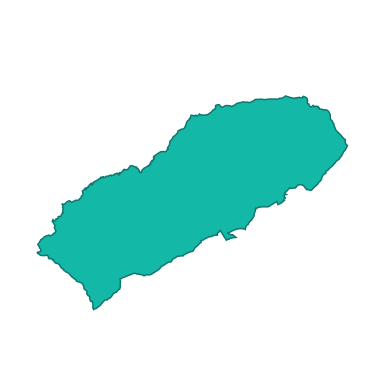 Vizantea-Livezi, Vrancea, Romania (Robinson projection), rotated 134°
{"feature_id": "2599482B64816881324136", "entity_name": "Vizantea-Livezi", "entity_type": "district", "adm_level": 2, "iso_a3": "ROU", "parent_name": "Romania", "parent_adm1": "Vrancea", "projection": "robinson", "projection_center": [26.804, 45.968], "detail": "fine", "context": "isolated", "style": "filled", "palette": "teal", "viewbox_px": 384, "rotation_deg": 134, "n_neighbors": 0, "source": "geoboundaries", "source_scale": "gbopen_adm2", "svg_char_len": 6075}
<svg xmlns="http://www.w3.org/2000/svg" viewBox="0 0 384 384"><g transform="rotate(134 192 192)"><path d="M157.6,244.5L159.9,243.4L163.1,243.4L165.2,243.9L168.0,243.1L170.8,243.1L173.8,240.9L177.2,240.3L178.1,239.5L177.6,239.4L177.8,238.8L179.2,239.1L180.3,238.8L182.0,239.5L183.0,241.0L185.1,242.6L192.3,244.2L193.8,243.9L194.1,243.4L193.6,243.0L194.5,242.3L196.2,242.3L197.4,241.8L197.7,241.9L197.5,242.6L198.6,242.6L199.1,242.2L201.2,241.7L200.9,241.1L201.1,241.0L202.0,241.0L202.6,241.5L204.1,241.5L204.3,241.6L204.2,242.0L206.2,242.2L208.0,243.0L211.0,243.1L213.1,242.0L213.4,242.6L214.2,243.0L213.8,243.6L214.0,244.0L213.1,245.1L213.0,246.3L212.6,247.5L213.3,248.1L213.3,248.8L212.7,249.3L213.6,250.7L214.6,253.2L216.0,254.5L220.8,253.9L222.4,255.6L222.7,256.5L223.2,256.6L223.4,256.1L224.4,256.5L226.1,256.3L227.8,256.7L228.3,257.4L229.6,256.2L230.5,256.6L230.7,256.9L229.9,258.0L230.3,258.8L233.0,260.2L233.7,259.9L234.8,260.6L235.8,260.8L236.2,261.1L236.1,262.2L238.2,263.0L241.0,265.0L242.2,264.9L242.8,265.3L243.3,265.8L242.7,266.4L243.7,267.0L244.7,266.9L244.9,267.1L244.6,267.7L244.8,267.9L245.8,267.5L247.3,268.1L247.8,267.8L252.7,269.5L253.0,269.1L253.5,269.5L254.5,269.4L254.8,269.0L255.0,269.3L254.7,269.7L255.2,270.0L255.4,269.2L255.7,269.0L255.6,270.4L256.4,270.7L256.8,270.6L257.0,270.1L257.2,270.5L258.5,270.7L260.1,270.0L260.3,270.4L261.0,270.0L261.4,270.4L263.0,271.2L262.7,270.7L263.3,270.1L263.9,270.7L267.2,271.6L267.6,271.4L268.7,269.6L270.1,268.4L272.0,268.7L273.5,267.6L275.0,268.2L276.7,268.0L278.2,269.0L278.4,269.8L283.3,271.5L283.2,273.4L283.6,274.2L284.0,274.5L285.4,275.0L289.8,275.4L290.6,277.0L291.2,276.9L291.3,276.3L291.1,275.6L292.0,274.9L292.7,274.8L293.6,273.2L294.6,272.6L294.8,272.1L296.4,271.3L296.3,270.3L296.5,270.2L298.4,270.4L301.0,269.4L301.8,270.6L302.7,271.0L303.0,271.0L303.7,270.3L305.0,270.3L305.7,271.1L306.2,271.0L306.7,270.5L307.9,270.5L308.7,271.3L308.4,272.1L308.4,272.8L310.2,272.1L310.4,270.9L311.3,267.5L312.0,266.7L313.2,266.5L314.7,262.7L315.6,262.4L316.8,262.3L317.9,262.8L320.7,262.7L322.0,263.7L322.3,264.9L325.2,266.5L327.0,267.2L329.1,267.0L331.3,267.6L334.9,266.6L336.4,266.6L336.8,266.5L337.5,263.9L338.1,262.8L338.2,261.1L338.9,260.2L339.7,260.1L340.0,259.6L342.8,261.3L343.4,260.6L343.0,259.4L342.9,257.3L342.4,256.4L340.0,253.6L338.2,252.8L338.1,250.8L338.4,250.2L339.3,249.3L339.3,248.5L338.3,248.1L338.5,247.6L337.9,246.9L337.6,245.8L336.9,245.2L337.8,244.5L337.4,243.4L337.9,242.4L337.7,241.7L338.0,241.3L337.6,239.9L336.8,239.4L336.4,236.3L337.0,235.3L337.4,233.1L337.0,231.0L337.4,229.6L337.1,228.6L337.1,227.1L336.8,226.7L336.2,224.7L336.2,221.9L336.5,221.2L336.4,220.2L336.5,219.2L335.9,215.0L336.3,212.8L334.1,208.5L334.6,205.5L335.1,204.3L336.7,202.4L336.3,199.2L337.0,197.8L338.1,197.2L338.5,196.3L338.8,194.6L338.2,193.5L338.2,192.9L339.8,191.7L340.4,190.6L340.4,190.0L341.1,189.1L340.1,187.4L342.3,184.4L343.4,183.7L343.7,183.2L344.5,182.4L344.8,181.1L344.1,181.3L343.7,180.7L342.2,180.0L337.5,179.3L330.6,179.7L329.1,178.8L328.5,178.0L327.3,178.1L325.0,177.3L322.6,177.4L319.9,178.0L317.9,177.5L316.6,176.7L313.8,177.1L312.3,176.5L309.9,177.6L309.9,178.1L308.7,178.8L307.7,180.0L306.8,180.5L306.4,181.2L305.6,181.6L305.0,183.2L302.0,182.4L290.7,177.2L289.9,176.3L289.5,175.0L288.0,173.3L288.0,172.8L287.0,171.6L286.0,169.7L285.8,168.6L284.8,167.8L282.9,167.3L282.5,166.8L282.1,165.8L279.9,164.2L271.7,162.2L268.7,161.9L266.9,162.4L265.4,161.7L259.0,160.3L256.8,158.5L253.6,159.2L250.1,158.1L248.9,158.1L244.5,154.6L244.3,154.1L242.6,154.1L239.3,153.0L237.2,152.2L233.8,150.2L231.3,150.9L229.3,151.1L226.6,150.7L223.8,150.9L221.9,150.4L221.0,151.7L218.2,150.4L217.0,150.3L212.8,148.8L210.2,147.0L207.1,145.7L205.5,143.8L205.1,143.9L204.8,144.6L203.3,145.1L202.1,144.8L200.0,145.0L202.8,133.8L200.7,133.2L200.3,132.9L200.3,132.6L199.1,132.5L195.7,130.2L194.1,128.8L194.5,133.0L195.7,134.3L196.7,137.1L196.6,137.7L193.0,136.2L191.5,135.9L187.7,134.1L185.5,132.5L183.9,131.0L182.2,128.5L181.9,127.6L180.4,128.8L179.2,129.2L177.7,129.5L175.9,129.1L175.0,129.7L174.2,129.8L171.0,129.7L166.5,130.6L163.9,132.3L159.9,134.2L159.9,134.8L159.4,135.0L158.5,134.1L156.7,133.4L153.5,130.9L150.3,127.4L149.2,126.7L139.9,124.4L141.4,121.4L138.0,120.2L134.1,119.7L134.3,120.5L133.9,120.6L132.5,120.9L132.0,120.5L131.3,121.0L131.4,122.0L130.7,123.2L129.9,123.3L128.2,122.5L128.7,123.7L128.6,124.5L127.4,124.8L126.7,124.4L121.4,124.6L121.5,124.2L120.6,123.7L120.1,122.5L118.8,122.0L117.4,120.4L113.3,120.7L112.6,119.9L111.8,119.6L111.3,119.0L109.9,116.5L110.7,111.2L109.9,110.5L108.6,108.0L107.5,107.3L104.1,107.4L99.1,107.0L96.7,107.5L95.3,107.3L92.7,107.7L92.0,108.3L89.4,109.4L87.9,109.4L85.4,108.8L84.2,110.1L83.6,110.1L82.2,109.4L78.8,109.5L75.0,109.0L73.5,109.4L71.8,109.3L69.9,109.6L66.1,109.0L63.7,109.5L62.8,109.3L57.4,110.9L55.2,110.9L50.6,112.4L50.6,115.1L49.6,116.6L47.8,118.1L48.2,119.8L47.6,125.3L47.7,130.9L45.6,135.9L44.3,137.5L44.3,138.7L43.5,140.5L43.5,143.0L40.2,146.5L39.3,149.2L39.2,151.1L39.6,152.4L41.8,154.8L42.4,156.5L43.9,157.8L43.1,159.1L43.8,159.9L43.0,160.3L42.9,160.7L44.7,163.0L45.9,163.2L45.5,164.8L45.6,165.1L48.1,165.2L48.5,166.8L48.4,167.7L47.5,169.0L48.1,170.2L47.9,170.9L46.5,171.9L44.7,174.2L44.9,176.0L45.8,178.3L46.4,178.5L47.6,177.9L48.4,178.9L49.3,180.5L53.1,183.4L53.5,183.3L56.1,187.6L57.9,191.4L61.5,192.1L62.8,192.9L63.3,193.8L65.6,194.8L70.5,200.1L75.6,204.4L76.5,206.0L81.2,210.5L81.8,210.9L83.6,211.0L87.5,212.6L88.2,213.2L88.7,214.5L90.0,215.5L91.3,217.5L96.8,221.1L98.0,221.5L99.2,221.4L100.6,222.1L102.9,222.5L103.3,224.1L105.2,226.6L106.9,228.1L109.6,228.7L110.5,230.4L110.3,233.0L110.6,233.5L112.6,234.9L113.5,235.1L114.7,233.7L115.6,233.3L117.3,233.4L118.3,233.8L121.4,233.6L122.1,233.9L125.3,234.4L128.8,237.0L129.4,238.2L130.3,238.7L130.7,240.8L133.4,240.9L133.9,241.3L134.0,242.4L134.5,242.9L135.3,242.6L135.7,242.7L136.0,244.0L136.8,245.4L137.4,246.0L139.9,244.7L141.0,244.9L141.4,244.3L144.1,244.6L145.5,244.3L149.1,242.4L150.0,242.4L151.1,241.9L152.7,242.0L154.3,243.3L157.6,244.5Z" fill="#14b8a6" stroke="#0f766e" stroke-width="1.5"/></g></svg>